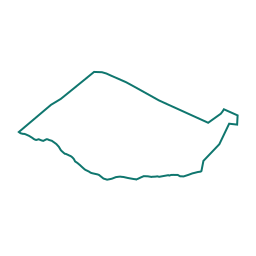 the district of San Juan Evangelista Analco, Oaxaca, Mexico, rotated 185°
{"feature_id": "50627088B78220950285189", "entity_name": "San Juan Evangelista Analco", "entity_type": "district", "adm_level": 2, "iso_a3": "MEX", "parent_name": "Mexico", "parent_adm1": "Oaxaca", "projection": "equal_earth", "projection_center": [-96.534, 17.4], "detail": "fine", "context": "isolated", "style": "outline", "palette": "teal", "viewbox_px": 256, "rotation_deg": 185, "n_neighbors": 0, "source": "geoboundaries", "source_scale": "gbopen_adm2", "svg_char_len": 1437}
<svg xmlns="http://www.w3.org/2000/svg" viewBox="0 0 256 256"><g transform="rotate(185 128 128)"><path d="M34.1,155.0L35.2,152.8L36.8,150.3L43.6,144.5L48.6,140.2L81.2,151.7L89.5,154.6L99.6,158.2L128.5,171.1L133.8,173.4L149.2,178.6L154.3,180.4L158.8,181.3L166.7,180.9L179.6,168.4L197.5,151.1L206.7,144.4L236.4,114.5L235.8,114.1L235.6,114.0L234.5,113.4L232.1,113.0L230.8,113.1L229.5,112.8L226.3,111.7L225.8,111.5L222.6,109.9L222.2,109.7L220.9,108.8L220.2,108.6L219.3,108.2L218.3,108.1L216.0,109.0L213.1,108.1L211.3,107.8L208.2,109.7L207.0,109.7L205.7,109.2L202.7,108.6L201.4,107.8L201.0,107.6L198.0,105.8L195.3,103.3L193.1,100.2L192.1,99.3L190.1,97.8L189.4,97.3L188.6,96.8L187.7,96.8L184.6,95.7L184.0,95.4L182.8,95.1L181.3,94.2L180.1,93.2L179.1,92.2L177.8,90.1L175.4,88.8L172.4,86.7L170.9,85.5L168.9,84.0L167.4,82.9L166.1,82.3L165.2,82.0L162.7,81.0L161.9,80.5L161.0,80.1L159.5,79.8L154.2,79.1L152.8,78.7L148.0,75.5L146.1,75.1L144.3,74.7L140.8,75.7L139.4,76.2L135.8,78.0L132.7,78.7L130.9,78.9L130.4,78.8L128.2,78.8L123.8,78.2L117.2,77.6L116.4,77.7L115.3,77.4L114.5,77.9L113.6,78.3L110.9,79.9L108.1,81.4L104.0,81.6L100.2,81.3L99.8,81.5L96.2,82.0L94.6,82.4L92.7,82.1L83.8,84.5L82.8,84.2L80.9,85.0L80.0,85.1L79.1,85.2L74.4,85.6L71.8,84.4L71.5,84.5L68.4,84.6L63.7,86.6L59.9,88.4L57.8,89.1L54.7,90.2L51.8,90.9L51.1,91.6L50.0,101.8L35.6,119.8L27.6,141.1L19.6,140.9L19.9,150.1L34.1,155.0Z" fill="none" stroke="#0f766e" stroke-width="2"/></g></svg>